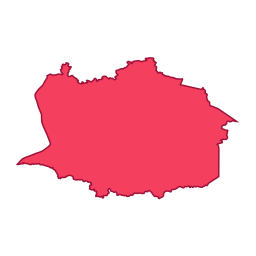 outline of Atalaya, Veraguas, Panama, rotated 274°
{"feature_id": "35544464B38923835463224", "entity_name": "Atalaya", "entity_type": "district", "adm_level": 2, "iso_a3": "PAN", "parent_name": "Panama", "parent_adm1": "Veraguas", "projection": "equal_earth", "projection_center": [-80.908, 8.019], "detail": "fine", "context": "isolated", "style": "filled", "palette": "rose", "viewbox_px": 256, "rotation_deg": 274, "n_neighbors": 0, "source": "geoboundaries", "source_scale": "gbopen_adm2", "svg_char_len": 5725}
<svg xmlns="http://www.w3.org/2000/svg" viewBox="0 0 256 256"><g transform="rotate(274 128 128)"><path d="M142.1,235.9L153.5,216.5L155.7,209.9L155.6,209.2L155.8,208.6L156.8,208.0L159.4,207.5L160.2,206.6L160.7,205.5L163.5,204.4L165.5,204.3L166.3,204.7L166.8,204.6L167.4,204.2L168.2,202.2L169.3,202.7L170.5,202.5L171.3,201.9L172.1,200.3L172.9,200.5L173.2,200.2L173.3,199.9L172.9,199.5L171.7,198.8L171.6,198.0L174.8,177.2L180.3,179.0L180.8,178.7L180.3,176.2L180.5,175.2L180.3,172.8L180.8,171.9L181.0,170.7L181.5,169.5L181.5,167.0L182.5,164.4L182.2,162.9L182.7,162.3L182.7,160.8L183.4,160.2L183.8,158.8L185.2,158.5L185.5,158.1L185.2,157.4L185.3,156.9L185.9,156.1L185.7,155.7L185.3,155.6L185.1,155.3L185.2,154.7L185.1,153.9L185.5,153.6L185.9,153.6L186.1,153.2L186.5,153.1L187.3,152.0L190.9,152.3L192.0,150.5L192.5,150.2L194.7,151.4L195.3,151.4L195.7,150.8L195.5,149.8L195.6,149.5L196.6,149.6L197.4,148.4L198.0,148.7L199.1,148.7L199.5,147.9L199.4,144.1L198.8,142.3L198.7,140.9L198.0,140.5L197.2,142.1L196.8,142.1L196.1,140.3L195.8,138.4L195.2,137.3L195.1,136.6L195.7,135.0L195.9,133.5L194.8,128.6L193.0,127.7L192.6,127.3L192.6,126.7L192.8,126.4L193.5,127.1L193.8,127.0L193.8,125.8L194.5,124.2L194.1,123.0L193.6,122.6L193.3,122.6L191.5,124.4L190.0,123.1L188.5,122.3L187.9,120.3L186.8,119.4L186.7,117.2L186.4,116.8L185.9,115.4L184.9,114.3L185.0,113.1L184.4,112.2L183.7,112.1L181.9,112.4L180.3,114.1L179.7,113.7L178.1,111.5L177.6,111.5L176.4,112.7L175.8,112.4L175.3,111.5L175.2,110.7L176.5,109.2L176.3,107.7L176.8,106.5L175.8,105.9L175.7,105.2L176.2,104.8L176.8,103.5L177.9,102.4L178.0,101.2L177.7,99.6L177.3,99.0L176.0,98.5L175.6,99.1L174.6,98.3L174.1,95.1L173.8,94.7L172.8,94.5L172.5,94.2L172.5,93.8L172.7,93.4L174.8,92.7L175.1,92.2L175.2,91.7L174.8,91.1L173.4,90.3L171.6,88.5L171.6,87.5L172.5,85.1L172.7,83.9L172.3,83.5L170.7,84.5L170.3,84.4L170.1,82.7L169.4,80.4L169.6,80.2L170.5,79.9L170.8,79.2L170.3,78.8L169.2,79.2L168.8,78.5L169.1,76.7L170.0,74.7L170.3,74.5L171.4,75.2L171.9,75.2L172.3,74.6L172.4,73.7L172.8,73.4L173.6,73.4L174.6,70.9L176.4,69.0L176.5,68.4L175.5,66.6L175.3,65.9L175.3,65.2L175.7,64.6L176.3,64.2L178.3,64.4L178.8,64.2L180.0,65.1L181.6,64.9L182.2,65.3L182.4,65.8L184.9,67.0L185.2,66.5L185.1,66.0L184.8,65.3L185.1,64.4L185.9,63.9L187.5,64.3L188.0,64.2L188.4,63.6L188.7,61.8L187.7,61.7L186.8,60.9L186.6,60.1L187.1,59.3L186.8,58.3L186.0,58.5L184.8,57.5L183.8,58.1L183.2,57.7L182.4,57.9L181.4,56.6L179.6,57.5L178.8,57.6L177.7,59.1L177.2,59.3L176.8,58.9L176.7,57.1L176.9,56.1L176.9,54.7L175.9,52.1L175.6,50.5L175.6,48.5L176.3,47.2L176.3,46.7L174.5,43.6L173.5,44.0L172.6,43.9L168.6,41.7L164.9,40.1L160.2,36.0L156.9,33.9L155.1,33.0L153.7,33.1L151.9,33.5L148.6,35.1L142.3,37.4L135.7,40.7L129.1,41.4L127.5,41.8L123.2,43.7L114.8,48.2L107.2,51.7L106.1,51.6L104.0,50.1L99.2,44.5L98.0,42.2L96.4,38.3L92.7,30.6L91.3,27.4L89.8,24.9L88.4,23.6L84.0,20.1L83.9,20.7L84.6,23.4L85.0,24.2L84.9,25.7L85.9,26.0L85.5,27.6L85.4,30.5L84.7,32.7L84.8,34.2L85.6,34.9L85.3,36.5L85.6,37.0L85.5,37.8L85.8,38.5L85.8,40.3L86.3,41.0L86.3,41.6L85.2,43.1L85.5,44.8L84.4,49.3L84.0,51.6L83.3,52.7L82.9,53.9L83.3,55.1L83.2,55.6L82.5,55.3L82.0,56.5L81.6,56.6L80.8,58.3L80.4,58.4L80.0,58.9L79.4,59.1L77.8,60.5L76.7,60.7L76.5,61.1L75.5,61.6L74.5,61.3L73.9,62.0L73.0,62.2L73.2,63.2L72.9,64.2L73.1,64.4L74.0,64.6L74.1,66.4L74.1,67.1L74.5,69.0L75.8,70.7L76.2,71.0L76.2,71.7L76.7,72.6L76.8,73.3L76.4,75.1L75.7,76.5L73.5,77.0L73.1,77.3L72.6,80.0L72.7,80.7L73.1,81.5L72.8,83.9L73.3,84.7L73.3,85.5L72.6,86.7L71.9,86.8L71.6,87.3L71.6,88.3L72.2,89.3L72.4,90.3L72.2,90.8L71.2,92.0L71.4,92.7L71.2,94.5L70.9,94.8L70.4,94.6L70.1,94.8L70.1,95.3L68.8,95.7L68.5,95.3L68.4,94.3L68.0,93.9L67.0,93.7L66.0,94.3L65.0,93.9L64.6,93.9L63.9,95.6L63.7,96.4L63.9,97.3L64.6,98.4L64.6,98.8L64.4,98.9L63.5,98.5L63.0,98.7L62.8,99.2L62.7,100.8L62.5,101.1L62.1,101.2L61.1,100.9L60.2,101.5L58.6,100.6L57.6,100.7L57.5,101.0L57.9,103.1L57.3,104.4L57.2,105.1L57.9,106.3L57.8,106.6L56.7,107.2L56.5,107.7L56.6,108.1L57.2,108.5L58.2,108.1L58.8,108.3L59.0,108.8L59.0,110.7L59.2,111.6L59.9,112.2L61.0,112.3L61.9,113.6L62.5,113.6L64.2,112.3L66.0,112.9L66.2,113.2L66.1,114.2L63.9,115.3L63.7,116.9L62.9,118.3L63.3,119.9L63.2,120.7L61.8,121.6L60.4,121.7L60.1,121.9L60.5,123.2L61.3,124.3L60.4,127.2L60.5,128.2L60.2,129.3L60.5,130.3L60.5,130.9L59.8,131.5L59.7,132.5L60.3,134.2L61.2,134.9L61.6,135.5L61.6,136.1L61.2,136.6L61.4,137.4L63.5,138.8L63.4,142.2L64.0,143.8L63.7,145.8L63.7,147.8L64.2,148.7L65.5,149.3L66.0,149.8L66.0,150.4L65.8,152.1L66.7,152.6L67.0,153.9L65.2,156.2L63.6,157.3L61.7,159.2L61.8,160.3L61.6,162.6L61.2,163.0L60.1,163.3L59.8,164.1L60.5,164.9L61.3,166.6L61.9,167.4L63.1,168.1L65.1,168.1L66.9,169.2L67.5,169.9L67.8,171.1L67.9,172.2L67.8,173.2L67.3,174.8L67.4,175.3L68.8,175.7L69.6,176.2L70.0,178.4L70.4,179.5L71.4,181.1L73.0,182.8L73.1,183.4L73.2,184.3L72.7,185.2L72.6,186.2L72.3,186.7L72.2,187.6L72.4,188.0L73.1,188.3L73.5,188.8L73.6,189.6L73.5,190.7L74.3,192.6L74.0,193.3L73.2,193.5L73.0,193.8L73.2,194.3L74.0,194.7L74.2,195.0L73.4,196.6L73.5,197.1L74.2,197.6L74.4,198.0L74.0,199.7L74.7,201.3L74.0,204.8L74.2,206.4L75.0,207.2L75.3,208.3L76.4,209.0L76.4,209.5L76.1,210.0L76.2,211.0L77.5,211.7L78.2,211.8L85.9,221.9L113.5,220.1L116.0,219.6L116.6,219.1L117.3,218.9L117.9,218.1L118.3,218.5L120.0,223.1L121.5,222.7L122.1,221.5L122.7,221.9L123.3,223.3L123.4,226.7L124.5,227.7L125.2,227.9L126.4,227.7L128.1,226.8L130.0,227.4L131.6,227.4L132.4,227.7L132.7,227.2L132.7,225.0L133.3,224.0L133.8,222.0L134.3,221.4L135.1,221.5L136.5,221.8L137.1,222.4L137.6,223.2L137.7,224.8L138.4,225.2L139.1,226.1L140.4,226.0L141.3,226.4L141.7,226.8L141.9,228.0L141.3,229.0L141.3,229.6L142.0,231.0L142.6,231.6L142.6,232.4L142.1,234.4L142.1,235.9Z" fill="#f43f5e" stroke="#9f1239" stroke-width="1.5"/></g></svg>